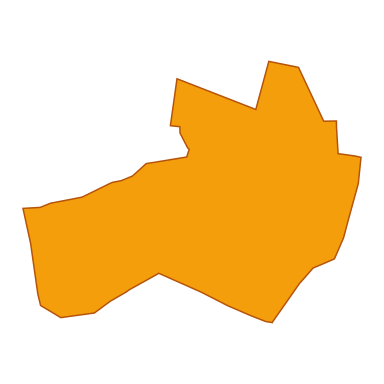 outline of Imbaba, Al Jizah, Egypt
{"feature_id": "37247803B14597497558400", "entity_name": "Imbaba", "entity_type": "district", "adm_level": 2, "iso_a3": "EGY", "parent_name": "Egypt", "parent_adm1": "Al Jizah", "projection": "albers", "projection_center": [31.208, 30.083], "detail": "fine", "context": "isolated", "style": "filled", "palette": "amber", "viewbox_px": 384, "rotation_deg": 0, "n_neighbors": 0, "source": "geoboundaries", "source_scale": "gbopen_adm2", "svg_char_len": 932}
<svg xmlns="http://www.w3.org/2000/svg" viewBox="0 0 384 384"><path d="M272.3,322.6L272.4,322.3L272.7,321.7L282.9,307.2L292.0,294.2L299.3,283.7L303.4,279.1L313.1,268.0L328.4,261.5L334.4,258.9L335.7,255.9L340.0,246.1L343.6,237.7L348.9,217.7L349.5,215.6L358.3,183.6L361.0,157.3L360.8,157.3L355.1,156.0L340.8,154.0L338.1,153.7L336.5,127.4L336.4,121.0L323.7,121.2L298.5,67.4L268.8,61.4L255.8,109.5L177.0,78.8L170.4,125.7L179.9,126.7L180.0,133.0L187.6,147.8L189.2,149.3L186.7,157.0L146.2,163.6L135.6,173.2L132.5,176.0L121.4,180.6L114.3,182.0L112.4,182.4L109.4,183.7L99.6,188.5L88.3,194.1L82.1,197.1L71.0,199.3L50.5,203.2L40.2,207.4L23.0,208.4L30.7,243.8L31.1,246.8L37.8,293.9L40.6,305.5L60.8,317.6L94.4,313.0L110.3,301.2L120.5,295.3L126.5,291.8L129.7,289.5L147.2,279.8L158.8,273.3L201.1,292.1L211.7,297.5L227.7,305.7L248.3,314.6L253.4,316.7L265.7,321.5L269.4,322.1L272.3,322.6Z" fill="#f59e0b" stroke="#b45309" stroke-width="1.5"/></svg>